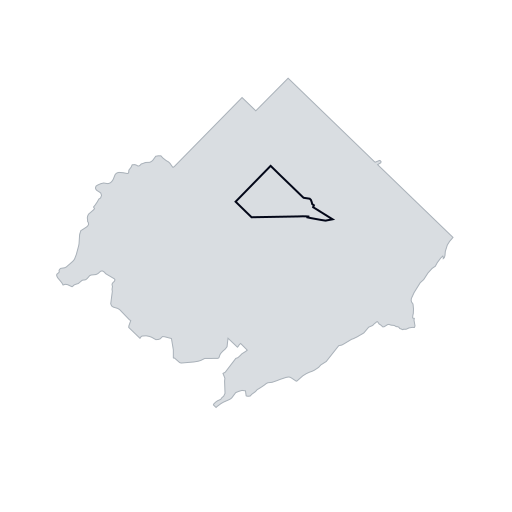 Al Golid, Northern, Sudan (highlighted), rotated 44°
{"feature_id": "16777658B20227076213030", "entity_name": "Al Golid", "entity_type": "district", "adm_level": 2, "iso_a3": "SDN", "parent_name": "Sudan", "parent_adm1": "Northern", "projection": "natural_earth1", "projection_center": [29.801, 17.722], "detail": "fine", "context": "in_parent", "style": "outline", "palette": "ink", "viewbox_px": 512, "rotation_deg": 44, "n_neighbors": 0, "source": "geoboundaries", "source_scale": "gbopen_adm2", "svg_char_len": 4327}
<svg xmlns="http://www.w3.org/2000/svg" viewBox="0 0 512 512"><g transform="rotate(44 256 256)"><path d="M332.5,392.7L328.8,392.7L328.4,391.7L328.5,389.0L328.9,386.9L330.2,383.6L329.9,381.8L330.1,379.2L329.1,376.3L320.3,367.8L318.5,365.5L313.8,363.4L314.6,361.0L312.6,343.7L313.6,341.7L313.8,338.7L313.8,336.1L314.9,331.6L315.1,329.8L305.7,329.6L305.6,331.5L306.0,333.7L306.0,334.5L293.0,334.6L298.2,341.4L298.5,344.3L298.2,348.0L298.3,350.4L298.6,351.9L300.0,355.0L299.9,355.5L299.5,356.3L290.3,365.3L288.8,369.5L287.6,371.7L284.9,375.4L276.5,385.0L275.1,385.7L268.6,386.0L268.0,386.2L267.5,386.7L267.2,386.6L261.7,380.9L252.5,374.1L246.3,377.6L244.7,378.9L244.6,382.2L243.7,383.9L242.1,385.7L237.5,386.9L235.2,387.9L232.4,389.7L229.6,392.8L229.4,394.4L229.7,395.8L214.1,395.8L213.1,394.6L210.8,389.5L209.2,389.8L195.0,389.3L192.9,389.8L188.8,391.9L186.8,392.2L184.7,391.3L177.2,381.2L175.6,380.0L173.9,377.6L172.3,376.6L171.8,375.8L171.6,374.7L171.7,372.5L171.1,371.1L170.0,370.8L159.9,373.2L158.4,372.9L156.3,373.3L155.6,373.7L154.8,375.0L154.6,377.8L154.3,379.2L153.6,380.7L150.7,384.1L150.0,385.6L150.2,389.3L150.0,391.2L149.5,392.1L148.3,393.5L147.8,394.4L147.3,399.2L145.7,402.1L145.3,403.1L145.2,405.2L145.0,405.9L140.4,407.5L138.7,408.6L137.7,410.2L137.4,410.9L135.5,410.3L133.0,409.9L128.2,409.4L126.3,408.6L125.4,407.5L125.7,404.6L125.3,403.9L124.5,403.4L124.0,402.2L124.1,400.6L126.6,397.3L127.2,395.5L127.9,387.0L127.7,384.5L125.7,379.7L121.2,371.6L120.1,370.0L114.4,363.3L113.8,362.3L112.4,359.4L113.9,353.2L114.1,351.5L113.7,349.7L112.2,348.4L111.0,348.2L109.3,346.6L108.2,345.8L107.2,344.3L106.5,342.3L107.1,335.0L106.8,334.0L105.3,333.7L105.0,333.2L105.0,331.8L104.3,327.6L103.4,324.1L103.9,322.2L102.7,319.6L100.4,318.5L95.8,319.4L94.4,319.2L93.4,318.7L92.8,317.8L92.4,316.7L92.8,315.0L94.1,311.8L95.7,309.3L99.0,307.0L99.9,305.7L100.4,304.3L100.5,302.8L100.3,301.1L99.9,299.6L99.0,297.5L98.1,295.2L98.1,293.6L98.5,292.4L99.4,291.0L102.7,288.3L106.1,286.1L106.6,285.3L106.4,284.4L104.9,282.5L104.5,278.9L103.6,276.4L105.3,274.5L106.6,273.8L108.5,273.3L109.3,272.5L109.6,271.0L109.5,269.5L110.2,268.4L111.2,266.2L111.9,265.1L114.5,262.4L115.1,260.7L115.3,259.0L114.6,253.9L116.1,251.8L118.0,250.0L120.7,250.2L124.9,249.8L127.7,249.1L129.7,249.1L134.4,250.0L134.9,249.6L135.1,248.3L135.9,151.7L155.0,151.7L155.6,105.8L275.6,105.9L276.6,105.7L278.5,101.4L279.3,101.1L280.5,101.3L281.0,102.3L280.0,105.8L384.8,105.8L385.1,111.0L386.0,115.2L389.0,121.2L391.6,124.4L392.5,126.2L392.6,127.0L392.5,127.8L391.7,126.9L390.4,126.3L390.3,129.1L391.0,134.8L392.1,138.8L391.3,142.6L391.5,148.8L393.0,156.4L392.7,161.2L395.1,172.4L397.3,178.7L398.5,180.2L399.8,181.0L402.3,181.5L406.1,184.7L409.1,188.1L410.1,189.8L411.6,191.7L412.6,191.4L413.2,190.9L414.2,192.4L418.9,195.8L419.6,197.3L417.9,198.9L416.0,201.5L415.1,203.9L414.6,204.7L413.0,206.2L412.8,207.0L412.1,207.4L411.4,207.5L409.8,208.3L408.4,208.0L406.9,208.5L406.4,209.1L405.2,209.6L403.7,209.9L401.2,211.9L399.1,212.9L398.4,213.7L397.3,217.9L396.5,218.9L393.4,219.0L391.8,219.4L389.7,218.9L388.7,219.0L388.5,219.9L388.1,223.4L388.2,224.9L386.5,228.9L387.0,236.5L385.4,242.1L385.1,243.4L383.5,247.8L382.6,249.5L380.4,257.8L379.6,260.4L377.8,263.1L379.8,283.1L378.3,289.3L378.4,292.6L377.3,297.6L376.5,299.8L375.1,302.6L373.9,305.7L372.9,309.7L372.3,317.4L371.9,318.1L366.3,319.1L364.6,319.6L363.4,320.5L362.0,322.4L359.1,327.9L357.6,331.2L355.3,335.7L352.6,338.9L352.0,340.5L351.6,343.4L350.6,348.0L349.7,351.3L349.8,353.9L349.0,358.4L349.1,360.7L348.2,361.9L346.9,363.1L346.0,363.4L342.1,360.3L339.3,362.4L337.6,365.4L336.3,368.4L337.1,374.7L337.0,376.1L336.6,377.6L334.1,383.8L333.3,386.6L332.5,391.5L332.5,392.7Z" fill="#d9dde1" stroke="#a8b0b8" stroke-width="1"/><path d="M277.7,184.9L281.4,182.3L281.7,182.0L281.9,181.6L284.1,178.5L285.4,176.7L285.6,176.4L263.2,181.2L262.9,180.6L262.7,180.1L262.7,179.9L262.5,179.6L262.4,179.3L260.4,179.6L258.6,178.5L256.5,177.5L254.8,177.5L252.4,179.2L249.9,181.0L249.0,181.1L246.1,181.1L243.0,181.1L237.2,181.1L228.2,181.1L216.9,181.1L204.6,181.0L204.0,181.0L203.9,181.0L203.6,231.1L218.3,231.2L225.9,231.2L226.1,231.0L240.8,216.3L246.5,210.6L258.8,198.3L262.1,194.9L264.6,192.6L265.9,191.5L266.0,191.8L266.1,191.7L266.5,191.6L266.6,192.2L269.0,190.7L277.7,184.9Z" fill="none" stroke="#020617" stroke-width="2"/></g></svg>